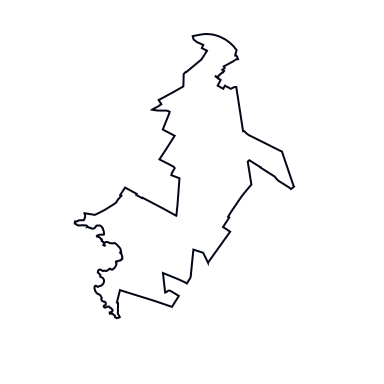 the district of Lumina, Constanta, Romania, rotated 212°
{"feature_id": "2599482B21068829002517", "entity_name": "Lumina", "entity_type": "district", "adm_level": 2, "iso_a3": "ROU", "parent_name": "Romania", "parent_adm1": "Constanta", "projection": "natural_earth1", "projection_center": [28.555, 44.326], "detail": "fine", "context": "isolated", "style": "outline", "palette": "ink", "viewbox_px": 384, "rotation_deg": 212, "n_neighbors": 0, "source": "geoboundaries", "source_scale": "gbopen_adm2", "svg_char_len": 5827}
<svg xmlns="http://www.w3.org/2000/svg" viewBox="0 0 384 384"><g transform="rotate(212 192 192)"><path d="M108.6,250.6L137.2,274.0L139.0,273.7L173.4,270.4L174.8,270.4L176.3,270.5L178.0,270.8L179.7,271.3L180.0,271.2L180.9,270.6L210.1,304.5L211.3,303.7L212.1,302.9L213.7,300.1L220.4,299.6L220.2,296.1L226.6,295.8L227.1,302.2L230.2,302.1L230.2,302.5L233.2,302.4L233.2,302.8L230.8,302.9L231.0,305.1L229.5,309.8L229.1,309.8L228.9,311.7L230.3,311.9L231.0,311.8L230.7,312.5L230.0,314.2L230.0,314.5L231.6,315.3L226.4,324.5L224.7,328.1L223.4,329.0L225.5,330.7L225.9,330.9L226.4,331.0L227.6,330.6L227.9,331.8L228.2,331.8L229.3,335.9L234.3,337.7L239.5,338.7L244.8,339.0L250.2,338.5L252.5,338.1L255.8,337.2L258.6,336.2L262.5,334.2L264.3,333.1L265.9,331.9L267.8,330.3L274.0,324.6L271.5,322.2L267.5,321.7L260.4,322.7L259.9,319.2L254.4,319.8L254.5,319.2L254.1,319.2L254.2,309.7L254.4,308.8L257.6,299.2L260.3,290.9L260.8,290.8L261.0,290.3L261.0,290.1L261.1,289.5L261.5,288.1L261.5,287.8L261.2,287.0L257.2,280.3L255.3,276.9L260.5,267.3L269.0,252.3L264.5,250.2L266.3,246.3L269.0,241.6L269.4,240.7L268.0,241.2L264.1,243.0L258.4,246.5L257.5,247.2L255.2,248.0L253.5,248.2L253.0,246.9L249.9,229.5L236.5,230.5L236.6,215.6L236.9,202.4L225.7,203.4L220.9,203.7L219.3,203.1L219.1,197.2L218.4,195.3L209.9,197.0L197.7,173.8L192.9,164.0L192.7,163.8L192.7,163.5L207.3,162.7L231.2,160.9L231.2,160.3L237.8,160.0L237.9,161.1L251.1,160.3L251.3,151.3L249.9,151.4L250.9,145.5L250.7,142.7L252.2,139.4L256.5,130.6L259.9,124.8L262.3,121.1L272.0,117.0L271.7,116.6L271.3,116.6L270.1,115.4L269.8,114.9L269.4,114.0L269.4,113.6L268.8,111.7L268.9,110.9L269.0,110.9L269.2,110.6L269.5,110.2L271.1,109.3L271.7,109.0L272.2,108.5L272.8,108.1L273.6,107.0L273.5,106.7L273.9,106.2L274.5,105.6L275.2,105.4L275.6,105.1L275.4,104.7L275.1,104.6L275.3,104.3L275.3,104.0L274.7,103.5L274.8,103.3L274.5,103.1L274.2,103.2L273.3,103.2L272.5,103.3L272.4,103.2L272.1,103.2L270.6,103.3L270.0,103.7L270.0,103.9L269.5,104.2L269.1,104.5L268.8,104.6L267.9,105.2L267.7,105.4L267.6,105.6L266.7,106.1L266.1,106.5L265.7,106.5L265.2,106.7L265.1,107.0L264.8,107.2L263.5,107.7L263.1,107.6L262.3,107.3L262.2,107.1L262.2,106.9L261.9,107.2L261.6,107.3L260.1,107.3L259.7,107.4L259.4,107.7L258.8,107.6L258.5,107.8L257.2,108.0L256.9,108.2L256.3,108.7L255.9,109.2L255.4,110.1L255.2,112.9L253.8,113.8L253.4,114.1L253.1,114.4L252.6,114.7L251.7,114.8L250.8,114.8L249.7,114.5L248.5,114.0L248.5,113.8L248.5,113.7L248.0,113.5L245.8,111.7L244.6,110.2L244.2,109.4L244.2,109.1L245.0,108.5L246.1,108.0L246.7,107.5L247.4,107.0L248.0,106.6L248.2,106.3L248.6,105.9L248.7,105.6L248.9,105.3L248.9,105.2L249.1,105.0L249.4,104.5L249.3,104.1L249.2,103.9L248.7,103.9L247.8,104.2L247.3,104.4L246.3,104.5L245.9,104.4L245.5,104.4L244.9,104.0L244.5,104.1L244.4,104.0L244.1,103.9L243.8,104.0L243.3,104.0L242.9,103.6L242.8,102.7L242.5,102.5L242.1,102.6L241.8,102.6L241.6,102.5L241.1,102.7L239.9,102.2L239.2,101.7L238.7,100.9L238.7,100.6L239.0,100.4L238.9,100.3L238.9,100.1L238.7,100.2L238.3,100.1L237.9,100.3L237.6,100.2L237.5,100.4L238.3,100.7L238.7,101.3L239.1,102.1L239.2,102.6L238.9,103.5L238.6,103.8L237.9,104.4L236.9,104.7L236.4,105.0L235.8,105.1L234.8,105.0L234.3,105.2L232.8,106.1L231.9,106.4L231.3,107.0L230.9,107.6L230.4,107.8L229.0,107.7L227.0,107.3L224.0,106.5L222.5,105.8L220.3,103.6L220.9,103.1L220.9,102.8L220.8,102.5L220.4,102.2L219.2,102.0L218.2,101.5L217.9,101.2L217.0,100.1L216.8,99.9L216.6,99.9L216.1,98.8L215.9,98.7L215.8,98.2L216.0,97.8L215.8,97.8L216.2,96.5L216.4,96.2L216.7,96.1L216.8,95.9L216.8,95.6L217.0,95.4L217.4,95.1L218.2,94.3L218.2,94.2L218.4,94.0L218.4,93.7L218.6,93.3L218.9,93.1L219.3,93.3L219.5,93.1L219.5,92.3L218.6,91.5L218.4,91.5L217.8,90.8L217.5,89.4L217.4,87.5L217.6,86.1L217.9,85.2L218.5,83.9L219.0,83.9L219.5,83.5L220.1,83.4L220.4,83.5L220.5,83.3L221.1,83.4L221.4,82.9L221.7,81.8L222.4,80.0L222.8,79.6L223.1,79.4L223.2,79.5L223.5,79.3L223.8,79.3L224.7,78.8L225.8,77.7L226.1,77.8L228.3,77.7L228.8,77.5L229.0,77.2L229.3,77.2L229.8,76.4L229.7,76.2L229.7,75.7L229.9,75.2L229.3,73.9L229.0,73.7L228.4,73.7L228.1,73.5L227.5,73.6L226.3,73.2L226.1,73.2L225.6,72.9L225.1,71.6L222.1,71.8L220.6,71.2L219.8,70.5L219.1,69.3L218.9,68.6L218.7,67.1L218.8,66.1L219.1,65.8L219.3,64.5L220.3,63.6L221.6,61.6L223.7,61.6L224.2,61.3L224.5,60.7L224.4,60.1L224.2,59.9L224.2,59.7L224.0,59.1L223.6,58.6L222.0,57.1L221.2,56.7L220.6,56.3L219.5,55.9L218.1,55.6L217.4,55.7L216.8,56.0L216.2,55.9L215.5,55.7L215.0,55.8L214.7,55.7L213.7,55.1L212.4,54.4L212.2,54.1L212.3,53.3L212.0,52.8L211.6,52.5L211.0,52.2L210.2,52.0L209.8,52.1L209.0,52.1L208.0,52.7L206.9,52.5L206.6,52.4L206.0,51.7L205.6,51.1L205.6,50.1L206.4,49.0L206.5,48.7L206.4,48.4L205.9,47.9L205.6,47.9L205.0,47.7L204.5,47.8L204.2,48.1L203.5,49.3L202.0,50.8L201.6,50.9L200.2,50.3L199.2,50.7L198.7,50.6L198.1,50.2L197.3,50.1L196.5,49.5L196.7,47.5L197.2,47.2L197.6,46.5L198.0,46.2L197.8,45.8L197.0,45.2L196.0,46.0L195.8,46.5L195.1,46.7L194.3,46.5L192.7,46.2L192.2,46.4L191.4,45.9L190.8,45.0L190.5,45.1L189.3,45.2L189.0,45.1L187.1,47.1L186.9,47.6L189.6,49.1L190.6,49.7L192.0,52.3L192.7,53.2L193.5,54.7L195.3,57.7L195.8,58.6L196.0,58.7L196.3,58.7L196.7,58.4L197.1,58.4L201.1,70.6L166.8,79.6L148.1,84.0L148.1,96.9L155.4,96.8L157.9,96.7L158.6,96.5L159.4,96.2L159.7,95.9L160.1,95.2L160.6,93.7L161.0,93.0L161.5,92.5L173.7,107.9L156.5,110.9L149.3,111.7L148.5,111.7L148.3,111.6L147.9,111.6L147.9,118.5L148.3,119.6L160.3,143.9L150.3,146.4L140.9,140.5L141.0,140.7L138.6,178.5L142.3,178.7L147.1,178.7L146.9,190.1L148.3,190.1L148.3,196.6L148.1,202.1L148.0,203.1L147.9,207.8L147.6,214.3L147.1,219.0L145.7,229.0L145.5,229.6L145.6,229.8L160.8,247.3L160.2,249.3L147.7,249.3L147.1,249.4L147.1,249.0L130.0,248.9L129.8,248.8L126.7,247.7L124.4,247.3L113.0,247.3L110.8,247.2L110.0,246.9L109.7,246.9L108.9,248.7L108.4,250.6L108.6,250.6Z" fill="none" stroke="#020617" stroke-width="2"/></g></svg>